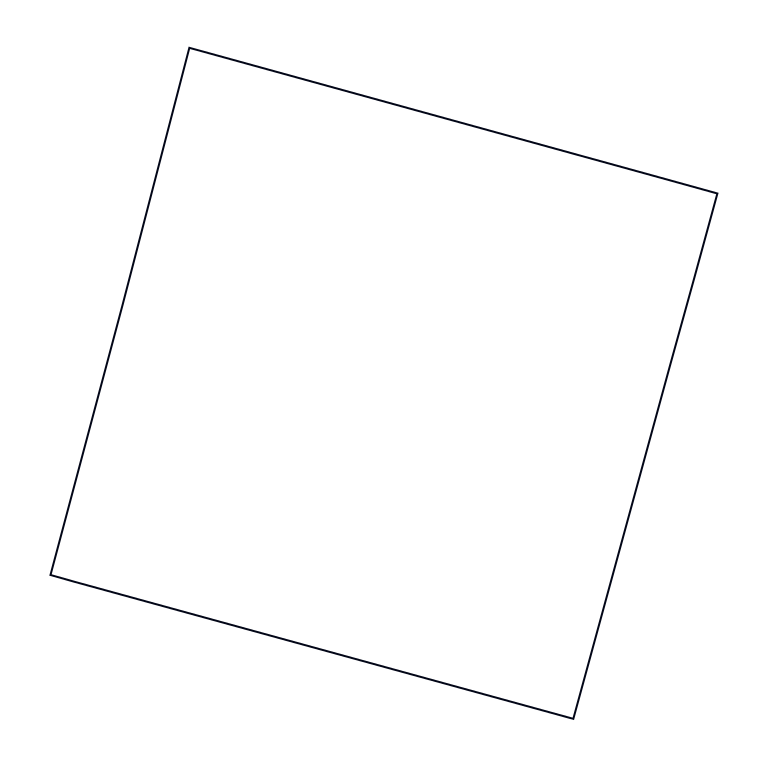 Lawrence, Missouri, United States of America, rotated 194°
{"feature_id": "52423323B4731020405921", "entity_name": "Lawrence", "entity_type": "district", "adm_level": 2, "iso_a3": "USA", "parent_name": "United States of America", "parent_adm1": "Missouri", "projection": "mercator", "projection_center": [-93.833, 37.106], "detail": "fine", "context": "isolated", "style": "outline", "palette": "ink", "viewbox_px": 768, "rotation_deg": 194, "n_neighbors": 0, "source": "geoboundaries", "source_scale": "gbopen_adm2", "svg_char_len": 310}
<svg xmlns="http://www.w3.org/2000/svg" viewBox="0 0 768 768"><g transform="rotate(194 384 384)"><path d="M636.2,117.2L119.3,104.9L110.9,473.0L108.6,561.4L107.1,627.4L106.6,649.5L172.2,651.2L654.2,663.1L655.3,552.4L656.8,397.0L661.4,118.0L636.2,117.2Z" fill="none" stroke="#020617" stroke-width="2"/></g></svg>